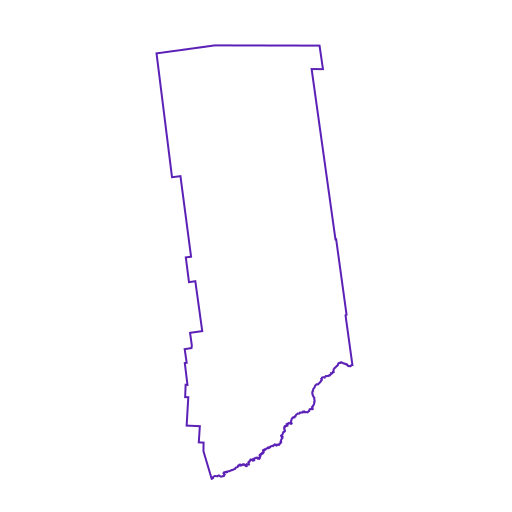 outline of Juan F. Ibarra, Santiago del Estero, Argentina, rotated 262°
{"feature_id": "61730980B19837134975286", "entity_name": "Juan F. Ibarra", "entity_type": "district", "adm_level": 2, "iso_a3": "ARG", "parent_name": "Argentina", "parent_adm1": "Santiago del Estero", "projection": "natural_earth1", "projection_center": [-63.235, -28.039], "detail": "fine", "context": "isolated", "style": "outline", "palette": "violet", "viewbox_px": 512, "rotation_deg": 262, "n_neighbors": 0, "source": "geoboundaries", "source_scale": "gbopen_adm2", "svg_char_len": 5629}
<svg xmlns="http://www.w3.org/2000/svg" viewBox="0 0 512 512"><g transform="rotate(262 256 256)"><path d="M455.5,348.2L470.3,244.4L470.5,185.7L345.7,183.8L345.6,192.3L264.3,191.6L264.4,186.3L239.4,186.0L239.5,192.4L189.1,192.3L189.1,180.0L176.3,180.0L173.8,179.3L173.7,172.4L159.9,172.5L159.9,170.6L137.9,170.2L138.3,168.4L126.1,166.2L125.6,169.3L97.7,163.7L95.3,176.7L79.4,173.4L78.5,178.1L70.0,176.8L41.5,181.1L41.5,181.4L41.6,181.6L42.0,181.9L42.0,182.3L42.2,182.6L42.7,182.7L43.3,183.0L43.7,184.0L43.8,185.3L43.2,187.2L43.5,187.4L43.6,187.6L43.9,188.8L43.6,189.2L43.2,189.4L42.4,190.4L42.4,191.6L42.6,191.9L42.6,192.4L42.5,192.8L42.5,193.5L43.2,193.8L44.0,194.6L44.7,194.2L44.7,193.8L45.1,193.6L45.4,193.6L46.1,193.9L46.2,195.0L46.4,195.2L46.4,196.3L46.3,196.5L46.0,196.4L45.8,196.8L45.9,197.1L46.3,197.1L46.6,197.3L46.5,198.3L46.7,198.6L46.6,199.8L47.4,201.8L47.4,202.1L47.2,202.2L47.3,203.0L47.7,203.8L48.0,204.9L47.9,205.3L48.1,205.7L49.2,206.4L49.4,207.7L50.0,209.0L50.7,209.0L51.1,209.3L51.1,209.9L51.5,210.5L51.4,210.6L51.0,210.7L50.6,211.1L50.9,211.7L51.4,211.8L51.2,212.1L50.7,212.4L50.7,212.8L51.1,212.9L51.3,213.9L51.6,214.1L51.5,215.1L51.2,215.3L51.1,215.2L51.1,214.9L50.9,214.7L50.8,214.8L50.7,215.8L50.4,215.9L50.2,216.1L50.3,216.7L50.1,217.0L49.3,216.8L49.2,216.9L49.3,217.6L49.9,217.6L50.2,217.3L50.6,217.8L51.0,217.9L50.8,218.2L50.8,218.9L50.7,219.0L50.7,219.5L50.4,219.8L50.5,220.0L51.1,219.8L51.8,219.8L52.0,220.0L52.8,219.7L53.4,220.3L53.3,221.0L53.6,221.3L54.5,221.9L54.9,221.9L55.2,222.2L55.2,222.8L54.8,223.4L54.4,223.7L54.9,224.3L53.8,224.6L53.8,225.6L53.9,225.8L54.2,225.8L54.7,225.2L54.8,225.2L54.8,225.6L55.5,225.8L55.9,226.4L55.8,227.7L56.3,228.2L56.0,228.7L56.1,229.2L55.9,229.3L55.9,229.6L55.5,229.7L55.5,230.2L54.9,230.0L54.8,230.5L54.6,231.0L54.8,231.2L55.2,230.9L55.7,231.2L55.8,231.7L56.1,231.7L56.4,232.1L57.1,232.1L57.1,232.5L57.3,232.6L57.6,232.6L58.0,231.8L58.4,231.9L58.5,232.2L58.4,232.4L58.5,232.8L58.5,233.2L58.8,233.7L59.3,233.5L59.3,234.9L59.6,235.0L59.8,235.4L60.3,235.1L60.5,236.1L60.6,236.3L61.1,236.4L61.1,235.8L61.7,236.0L62.5,235.9L62.7,236.0L62.5,236.6L63.0,236.7L63.3,237.5L62.8,237.7L62.7,238.0L62.9,238.5L63.9,239.4L64.0,240.7L64.5,241.0L64.3,241.3L64.7,241.4L64.7,241.5L64.3,242.1L64.2,242.6L64.3,242.7L64.8,242.6L65.0,243.4L64.9,243.6L65.4,243.9L65.5,245.2L65.8,245.6L65.9,245.8L65.7,246.2L65.4,246.5L65.7,247.0L66.2,247.3L66.3,247.8L66.7,248.2L66.8,248.3L66.5,248.7L66.5,248.9L66.0,249.1L65.8,249.5L65.4,249.8L65.5,250.3L65.8,250.5L66.2,250.5L66.3,250.6L66.1,250.9L66.1,251.3L65.9,251.6L65.9,252.3L65.8,252.7L66.0,252.8L66.2,252.5L66.3,252.5L66.6,253.2L66.9,253.2L67.0,254.0L68.1,255.1L68.3,255.1L68.8,254.5L69.0,254.5L69.6,255.1L70.3,255.2L70.7,255.5L71.2,256.0L71.8,256.2L71.9,256.7L72.0,256.8L72.4,256.3L72.6,256.3L72.8,256.8L73.2,256.7L73.5,257.0L74.1,256.3L74.2,255.9L74.6,255.8L75.0,256.4L75.3,257.2L75.5,257.4L75.8,257.6L76.9,257.9L77.1,258.3L78.0,258.7L78.2,259.0L78.0,259.6L78.1,259.9L78.4,260.2L79.4,260.4L80.7,259.9L81.3,260.1L81.7,260.0L81.7,259.9L81.8,259.9L82.1,260.0L82.2,260.4L82.7,260.3L82.9,260.7L83.4,260.9L83.3,261.1L83.1,261.3L83.1,261.5L83.5,261.8L83.5,262.3L83.7,262.1L83.8,262.0L84.3,262.5L83.9,262.8L83.8,263.2L84.1,263.7L84.4,263.8L84.6,263.6L84.6,263.3L85.0,263.4L85.4,263.2L85.7,263.9L85.7,264.8L86.0,265.2L85.6,265.5L85.8,266.4L85.3,266.9L85.0,267.0L84.9,267.3L85.1,267.5L85.2,268.0L85.9,267.9L87.3,267.5L88.2,268.0L88.5,268.3L89.6,268.6L90.1,269.2L90.9,269.7L91.0,270.4L90.7,270.8L90.8,271.6L91.0,271.6L91.0,271.4L91.3,271.4L91.4,272.0L91.9,272.3L91.8,272.8L93.2,273.6L93.6,274.5L94.2,275.3L94.1,276.0L93.8,276.5L94.1,277.2L94.8,277.7L94.6,278.4L94.8,278.9L94.5,279.8L94.8,280.1L94.7,280.7L95.4,281.1L95.2,281.5L95.3,282.1L94.5,282.3L94.4,283.1L94.6,283.6L94.4,283.9L94.3,284.6L94.0,285.0L94.0,285.4L94.5,285.9L94.8,286.2L95.1,286.6L95.0,286.9L95.3,287.3L95.9,287.3L96.2,287.6L96.7,287.8L96.9,288.1L96.8,288.3L96.9,288.9L96.5,290.0L96.4,290.7L96.5,290.9L97.2,290.8L97.9,290.4L98.3,290.8L98.7,290.6L99.1,291.4L99.5,291.4L100.3,292.0L100.7,292.6L101.1,292.7L101.5,293.0L102.2,293.3L103.2,293.2L103.7,293.8L104.0,293.9L104.3,293.9L104.4,293.7L105.4,293.9L106.5,293.7L107.4,294.1L107.8,293.9L107.9,293.7L108.6,293.3L109.8,293.1L109.9,292.9L110.5,292.9L111.1,292.6L111.8,292.6L112.1,292.8L112.3,292.9L113.3,292.7L113.7,293.1L114.1,293.2L114.5,293.7L115.0,293.6L115.4,293.9L116.2,294.1L116.7,294.7L116.8,294.8L117.4,295.3L117.5,295.6L119.5,296.6L119.6,296.9L120.5,298.0L120.5,298.5L120.4,298.6L120.2,299.4L120.3,299.8L121.0,300.2L121.1,300.7L121.4,301.2L122.3,302.0L122.5,302.6L123.4,303.0L123.7,303.6L124.1,303.7L124.3,304.0L124.8,304.0L125.1,303.6L125.3,303.5L125.8,304.2L126.5,304.6L126.5,306.2L126.1,307.0L126.5,307.2L126.9,307.9L127.4,308.4L127.3,309.0L127.1,309.4L127.3,310.1L127.1,311.1L127.6,311.5L127.7,311.8L127.5,312.5L128.0,312.7L128.1,313.2L128.4,313.7L128.9,314.0L129.5,314.0L129.4,314.5L129.1,314.9L129.2,315.2L129.9,315.9L130.5,316.0L130.4,316.7L131.2,316.6L131.6,316.9L132.2,316.9L133.1,317.2L133.7,318.0L134.4,318.4L134.5,319.2L135.0,319.7L135.3,319.9L135.6,320.5L135.9,320.7L135.9,321.1L136.4,321.5L136.5,321.9L138.1,322.5L138.4,322.9L138.3,323.5L138.6,324.0L138.3,324.9L138.5,325.2L138.9,325.3L139.0,325.6L138.5,326.1L138.3,326.7L137.6,327.4L137.5,328.1L137.0,328.4L136.9,328.6L136.8,329.6L136.3,329.8L136.2,330.0L136.3,330.6L136.2,330.8L135.8,331.3L135.5,331.4L135.1,331.2L134.9,331.3L134.1,332.1L134.2,332.8L133.9,333.3L133.6,333.8L133.8,334.5L134.5,335.0L134.7,335.8L134.6,336.3L184.8,336.4L185.3,337.5L261.4,337.7L261.4,337.0L433.4,337.1L431.7,348.3L455.5,348.2Z" fill="none" stroke="#5b21b6" stroke-width="2"/></g></svg>